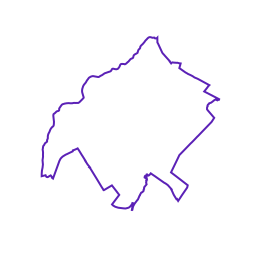 outline of Berceni, Prahova, Romania, rotated 256°
{"feature_id": "2599482B99394014365775", "entity_name": "Berceni", "entity_type": "district", "adm_level": 2, "iso_a3": "ROU", "parent_name": "Romania", "parent_adm1": "Prahova", "projection": "orthographic", "projection_center": [26.101, 44.92], "detail": "fine", "context": "isolated", "style": "outline", "palette": "violet", "viewbox_px": 256, "rotation_deg": 256, "n_neighbors": 0, "source": "geoboundaries", "source_scale": "gbopen_adm2", "svg_char_len": 5577}
<svg xmlns="http://www.w3.org/2000/svg" viewBox="0 0 256 256"><g transform="rotate(256 128 128)"><path d="M208.5,178.3L208.3,178.0L208.2,177.2L208.2,176.7L208.3,176.3L208.5,175.8L208.8,175.6L209.3,175.5L209.4,175.3L209.6,173.7L209.9,173.1L210.6,172.0L210.8,171.4L210.9,171.0L210.9,170.5L210.8,169.8L210.6,169.4L210.2,168.6L209.5,167.6L208.8,166.4L208.3,165.7L207.4,164.7L205.9,162.6L205.2,161.3L204.9,160.8L204.5,160.2L204.0,159.7L203.5,159.4L202.8,159.2L202.5,158.9L202.1,158.5L201.9,158.0L201.7,157.6L201.4,157.2L200.8,156.7L199.9,156.1L198.7,155.5L198.6,155.3L198.4,154.8L198.2,154.2L197.9,152.9L197.6,152.0L197.4,151.6L197.1,151.2L196.6,150.8L195.8,150.4L195.2,150.1L195.0,149.9L194.8,149.7L194.6,149.2L194.5,148.1L194.3,147.4L194.1,146.9L193.5,146.1L192.5,144.7L192.2,144.3L192.0,143.6L191.2,142.3L190.8,141.4L190.6,140.5L190.7,140.1L191.0,139.7L191.5,138.1L191.7,137.3L191.7,136.6L191.5,136.2L190.9,135.5L189.8,134.8L189.0,134.0L188.4,133.2L187.9,132.5L187.8,132.1L187.8,130.9L188.2,129.8L188.7,128.8L189.0,128.2L189.2,127.8L189.2,127.3L189.1,126.9L188.8,126.5L188.4,126.2L187.9,125.7L187.6,125.4L187.3,124.8L187.1,123.8L187.1,123.0L186.7,118.5L185.6,115.7L185.2,113.8L184.7,112.4L184.6,112.0L184.6,111.7L184.8,111.1L186.2,108.0L186.7,106.9L186.9,106.2L186.9,105.2L186.8,104.2L186.4,102.9L186.2,102.3L185.9,101.9L185.5,101.4L185.0,100.9L184.5,100.2L183.9,99.5L182.5,98.2L182.0,97.6L180.7,95.8L180.0,95.1L179.3,94.5L177.0,93.1L175.8,92.6L174.1,92.2L173.1,92.2L170.1,92.3L168.6,92.4L168.1,92.3L167.8,92.0L167.3,91.2L166.7,90.3L164.8,87.1L164.5,86.3L164.4,86.1L164.4,85.5L164.9,83.7L164.9,83.4L165.3,82.2L165.4,81.6L165.5,81.2L165.5,80.4L165.5,79.7L165.9,78.2L166.4,76.7L166.6,75.9L166.9,74.1L166.9,73.6L167.0,72.3L166.9,71.2L166.9,70.5L166.8,70.0L166.6,69.5L166.0,68.7L165.5,68.1L163.8,66.2L163.4,65.9L162.4,65.7L162.0,65.5L161.7,65.3L161.5,64.8L161.4,64.3L161.4,63.2L161.3,62.7L161.1,62.3L160.4,61.2L160.1,60.6L159.9,60.1L159.5,59.2L159.1,58.9L158.0,58.5L153.6,57.9L152.0,57.7L149.7,57.0L148.5,56.5L148.0,56.1L147.8,55.8L147.4,55.1L147.3,54.7L146.2,53.2L145.3,52.3L143.2,50.8L141.9,49.6L141.2,49.1L140.5,48.7L139.4,48.2L138.5,48.0L137.2,47.6L136.4,47.0L135.8,46.5L135.4,46.4L135.0,46.4L134.5,46.2L134.2,45.9L134.0,45.6L133.8,45.0L133.7,44.7L133.2,43.7L131.9,42.6L131.1,41.5L130.0,40.9L128.9,40.5L127.5,39.9L126.5,39.9L124.6,39.6L122.5,39.0L120.7,38.6L118.9,37.9L117.5,37.3L115.6,37.0L113.1,36.6L110.2,35.5L107.5,34.2L104.8,33.3L102.1,32.6L102.1,36.5L101.8,36.5L100.3,37.1L100.0,37.6L99.9,37.8L99.8,38.1L99.8,38.4L99.9,38.7L100.4,40.3L100.7,41.5L98.3,42.7L98.2,42.7L98.0,42.3L97.1,43.0L98.7,44.1L100.2,45.1L112.7,53.5L113.7,54.4L114.5,55.1L115.2,56.1L116.0,57.5L116.2,58.0L116.6,59.2L117.2,61.1L117.5,62.8L118.0,65.1L118.7,68.6L118.9,68.7L119.1,69.0L119.3,69.0L119.6,69.1L119.6,69.3L119.7,69.7L119.7,70.2L119.8,71.0L120.2,73.4L120.4,74.2L119.5,74.5L118.7,74.8L118.2,75.0L112.8,76.7L111.7,77.1L106.4,78.8L106.4,78.6L105.1,79.0L104.4,79.3L103.0,79.8L102.8,79.8L102.1,80.1L100.5,80.9L99.1,81.5L99.0,81.0L98.1,81.6L85.8,85.5L80.6,87.1L77.3,88.1L74.4,89.1L73.7,89.2L73.5,89.4L73.5,89.5L76.2,98.5L70.3,101.1L65.2,103.3L57.7,94.0L56.5,94.7L55.3,95.9L54.8,96.4L54.0,97.6L53.6,98.3L53.0,99.3L52.3,101.1L51.2,104.0L50.6,105.8L50.5,106.3L50.5,107.0L50.5,108.6L50.6,109.5L50.9,110.4L51.4,111.2L52.0,112.1L52.7,112.9L53.4,113.7L54.1,114.1L53.8,114.7L49.3,112.7L47.5,111.9L47.4,112.1L47.5,112.4L49.2,113.2L50.7,114.0L51.5,114.7L52.6,115.7L53.3,116.5L55.8,119.6L56.2,120.3L59.6,122.9L59.8,123.3L60.3,123.5L60.8,124.0L62.0,125.1L62.2,125.6L62.2,125.9L62.2,126.3L62.3,126.5L62.7,126.9L62.8,127.3L63.0,127.6L63.1,127.8L63.4,128.0L64.3,128.2L64.5,128.3L65.0,128.9L65.4,128.9L66.4,129.3L66.8,129.6L67.0,129.8L67.0,130.0L67.4,130.5L67.9,131.1L68.5,132.0L68.8,132.4L69.1,132.4L69.9,132.4L70.3,132.3L70.5,132.3L70.7,132.5L71.2,132.7L71.4,132.8L71.7,132.9L71.9,132.8L72.2,132.8L72.6,132.9L72.8,133.0L73.0,133.3L73.0,133.6L73.1,133.9L73.3,133.9L73.6,133.7L73.9,133.9L74.0,134.0L74.3,134.0L74.4,133.7L74.5,133.7L74.5,133.9L75.0,134.0L75.2,133.9L75.2,133.5L75.1,133.0L75.2,132.9L75.3,132.8L75.4,133.4L75.8,133.8L76.0,134.0L76.3,133.9L76.5,133.8L76.7,133.7L76.7,133.4L76.9,133.2L76.7,132.7L76.8,132.5L77.0,132.6L77.4,133.1L77.3,133.4L77.3,133.7L77.4,133.9L77.4,134.0L77.5,134.2L78.1,134.6L78.4,134.8L78.4,135.0L78.4,135.3L78.2,135.5L77.6,135.7L77.3,135.7L77.0,135.7L76.9,136.0L76.9,136.3L77.0,136.9L77.5,137.8L78.1,138.6L78.5,139.1L76.4,140.9L75.0,142.2L70.7,145.9L69.9,146.6L66.1,149.9L65.8,150.2L65.5,150.6L65.0,151.1L63.0,152.8L58.1,155.4L58.0,155.1L56.2,155.5L52.3,156.2L50.9,156.6L47.2,157.8L47.3,158.4L45.1,159.0L46.1,160.1L47.9,162.1L49.5,163.8L55.7,170.8L56.2,171.2L58.0,172.1L69.4,163.1L74.5,159.0L86.0,168.6L89.3,171.3L92.2,176.0L97.9,185.1L98.6,186.4L100.2,189.0L103.0,193.4L103.3,194.0L108.0,201.5L113.7,210.6L117.0,214.1L125.6,209.8L126.5,209.4L127.1,209.2L129.1,209.8L129.7,210.5L130.6,210.6L131.4,211.3L131.5,212.0L132.3,212.7L132.5,214.8L133.1,216.3L134.1,218.4L134.5,219.8L133.2,221.4L133.5,222.3L133.4,223.1L133.9,223.4L145.0,210.8L148.1,214.8L149.0,215.8L149.2,216.1L149.3,216.3L149.9,217.3L158.8,207.6L159.5,206.7L160.9,204.8L162.7,203.2L164.2,201.5L166.1,199.1L166.4,198.9L168.1,197.1L173.7,192.3L177.9,194.7L178.2,194.0L178.3,193.5L179.1,192.2L179.4,191.6L179.6,190.6L179.9,189.7L180.1,189.3L180.1,189.0L180.2,188.7L180.5,187.9L180.9,187.1L180.9,186.7L180.8,186.4L180.6,185.9L180.3,185.7L180.2,185.5L182.3,184.6L182.4,184.8L182.5,184.8L189.1,181.3L190.5,180.6L192.1,179.7L193.1,179.4L203.0,177.5L203.8,177.2L208.5,178.3Z" fill="none" stroke="#5b21b6" stroke-width="2"/></g></svg>